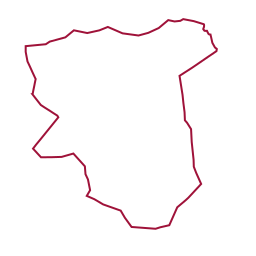 Matad, Dornod, Mongolia (Albers equal-area conic projection), rotated 264°
{"feature_id": "93677404B45746313911559", "entity_name": "Matad", "entity_type": "district", "adm_level": 2, "iso_a3": "MNG", "parent_name": "Mongolia", "parent_adm1": "Dornod", "projection": "albers", "projection_center": [116.446, 47.104], "detail": "fine", "context": "isolated", "style": "outline", "palette": "rose", "viewbox_px": 256, "rotation_deg": 264, "n_neighbors": 0, "source": "geoboundaries", "source_scale": "gbopen_adm2", "svg_char_len": 1697}
<svg xmlns="http://www.w3.org/2000/svg" viewBox="0 0 256 256"><g transform="rotate(264 128 128)"><path d="M64.8,79.9L60.7,87.1L54.6,95.3L46.6,112.1L39.1,115.5L29.2,121.2L24.9,144.9L25.9,149.8L27.0,158.9L44.0,168.7L50.3,178.0L52.3,180.7L64.7,194.9L76.3,191.1L82.6,189.4L89.4,189.9L107.4,189.9L120.3,190.6L127.0,187.3L129.7,185.4L137.8,185.9L147.0,185.7L155.3,185.7L174.5,184.7L181.3,198.2L190.6,215.4L195.2,224.0L197.3,224.6L198.1,223.9L198.2,223.7L199.0,222.9L203.9,220.8L209.1,220.2L212.3,219.8L212.3,219.5L212.4,219.1L212.5,218.9L212.6,218.7L212.7,218.4L212.8,218.3L212.9,218.2L213.0,218.1L213.2,217.9L213.3,217.9L214.6,217.3L216.4,216.7L216.5,215.0L216.6,214.8L216.7,214.6L216.7,214.4L216.8,214.3L216.8,214.2L217.0,214.1L217.2,213.9L217.3,213.9L217.5,213.8L217.6,213.7L217.8,213.6L218.0,213.4L218.3,213.2L218.5,213.2L218.6,213.3L218.8,213.3L219.1,213.4L219.3,213.5L219.6,213.6L219.8,213.8L220.0,213.9L220.3,214.0L220.5,214.1L220.8,214.2L221.0,214.2L221.3,214.3L221.5,214.3L221.9,214.4L222.0,214.4L222.4,214.4L222.7,214.4L222.8,214.4L223.0,214.4L223.3,214.2L227.4,204.6L230.5,194.3L229.1,191.2L229.1,185.4L231.1,179.3L224.2,169.0L220.5,158.1L218.9,148.1L222.7,132.5L230.6,118.5L228.1,109.7L226.7,97.4L230.8,84.4L224.7,75.2L222.1,59.2L219.9,55.0L220.1,34.8L214.4,34.2L209.5,34.6L204.7,35.0L199.3,36.9L193.8,38.7L187.1,41.0L186.4,41.3L183.3,40.3L179.7,39.2L174.1,37.4L171.7,36.7L171.7,36.4L167.0,39.3L160.0,43.7L157.2,47.1L153.1,52.3L150.4,55.6L147.7,59.0L145.9,59.8L140.8,54.7L135.7,49.6L132.8,46.7L127.9,41.8L125.7,39.6L121.0,34.8L117.4,31.4L108.0,38.4L107.0,48.3L106.2,59.0L108.3,71.0L94.4,81.1L86.5,80.9L81.0,82.8L70.1,83.8L64.8,79.9Z" fill="none" stroke="#9f1239" stroke-width="2"/></g></svg>